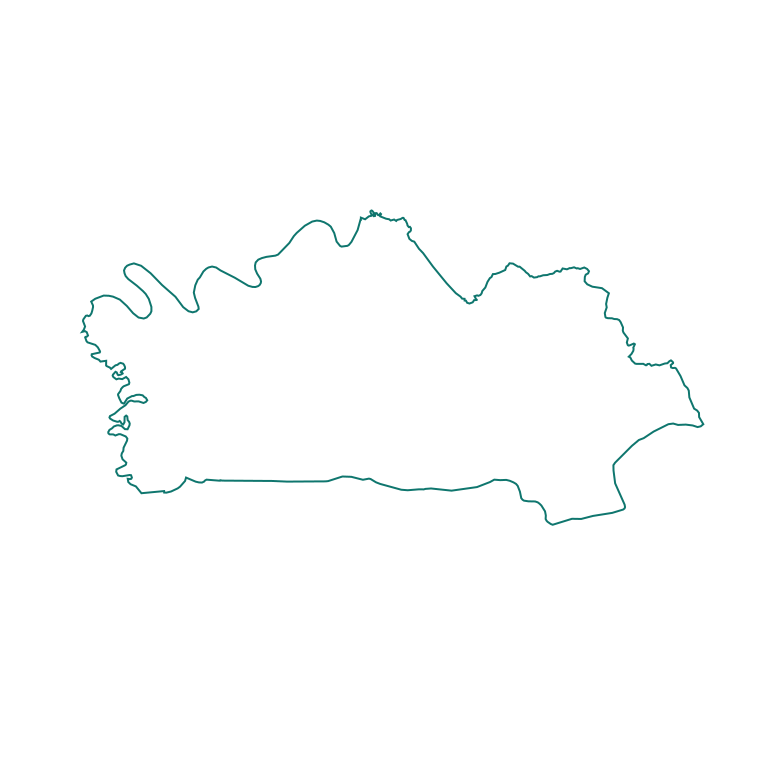 the district of Nobol, Guayas, Ecuador, rotated 248°
{"feature_id": "8360857B45537729635416", "entity_name": "Nobol", "entity_type": "district", "adm_level": 2, "iso_a3": "ECU", "parent_name": "Ecuador", "parent_adm1": "Guayas", "projection": "mercator", "projection_center": [-80.038, -1.965], "detail": "fine", "context": "isolated", "style": "outline", "palette": "teal", "viewbox_px": 768, "rotation_deg": 248, "n_neighbors": 0, "source": "geoboundaries", "source_scale": "gbopen_adm2", "svg_char_len": 6166}
<svg xmlns="http://www.w3.org/2000/svg" viewBox="0 0 768 768"><g transform="rotate(248 384 384)"><path d="M392.1,110.9L388.9,110.2L386.0,111.5L382.0,115.6L373.6,118.2L367.1,140.0L365.7,139.5L364.8,141.5L364.1,146.3L364.5,153.6L365.2,156.4L368.6,163.2L371.4,165.4L364.0,172.8L362.1,175.5L360.8,178.3L360.9,180.6L361.5,181.6L361.8,183.6L356.1,195.0L355.7,196.1L356.0,196.3L354.9,198.1L335.9,244.2L329.8,257.6L315.6,293.4L314.9,295.8L313.8,310.8L310.2,318.9L303.1,328.6L301.9,334.6L300.9,336.0L295.8,339.8L292.8,343.0L279.5,360.4L276.6,366.2L273.3,376.8L271.4,381.4L271.2,383.2L269.5,388.5L259.8,406.7L253.6,431.6L253.4,445.6L254.0,450.4L251.3,455.8L249.3,461.4L247.2,464.3L244.3,467.2L241.9,469.0L239.5,469.8L233.3,469.7L226.7,468.5L224.8,469.1L223.4,470.1L221.1,474.0L218.5,480.1L216.7,482.2L214.9,483.3L212.4,484.4L205.6,485.6L201.5,484.8L198.3,483.3L196.4,483.5L195.0,484.0L191.7,486.2L190.3,487.7L188.6,507.8L185.0,516.3L183.4,528.3L179.0,547.4L178.0,558.7L178.5,560.4L179.6,561.4L182.0,561.9L205.3,561.1L217.8,564.4L222.8,566.3L224.5,568.8L233.8,590.7L236.6,599.3L236.5,604.5L238.9,616.2L240.2,632.6L239.0,637.3L235.9,641.3L233.3,648.6L229.9,654.7L226.6,658.6L226.1,661.8L227.1,665.0L235.3,663.8L239.2,665.2L242.1,664.4L245.0,662.3L257.2,662.1L263.7,664.1L266.6,663.8L270.2,662.1L280.3,661.9L289.0,660.6L290.0,659.8L290.6,657.7L291.8,656.4L294.1,656.9L295.0,659.8L295.7,660.1L296.7,659.8L298.4,658.9L298.2,657.1L297.1,654.6L297.8,652.0L298.1,646.4L300.3,643.3L300.7,638.8L303.3,637.6L303.8,635.7L303.1,634.6L303.2,633.9L305.6,631.9L307.9,626.0L308.8,624.5L312.9,622.6L316.3,622.3L317.6,621.2L319.2,624.8L321.4,627.6L323.1,628.6L324.2,628.7L326.9,631.5L327.9,630.8L327.8,626.1L328.1,625.0L328.8,624.6L331.5,624.7L334.9,627.2L342.0,625.3L344.0,625.4L346.9,626.8L352.7,626.6L355.2,626.0L356.8,624.4L358.0,621.8L359.6,619.9L361.1,616.3L362.3,614.7L363.2,614.4L367.1,615.3L371.6,619.2L375.0,619.9L380.4,623.5L383.9,626.5L391.2,622.0L396.2,613.6L400.3,609.8L404.1,608.5L408.0,610.3L409.8,612.0L410.1,614.7L411.8,616.3L414.6,615.4L417.0,613.3L417.2,608.9L418.8,607.0L418.9,606.0L421.0,603.9L421.4,600.6L421.9,599.6L421.8,596.6L424.2,592.9L422.1,589.8L422.4,588.8L424.1,586.9L424.1,584.8L423.2,583.0L423.1,581.3L423.8,579.1L423.9,576.2L425.2,572.3L425.4,569.0L426.0,567.5L425.7,566.1L426.5,562.9L428.7,561.3L429.0,559.8L432.1,558.9L434.5,557.4L436.2,556.9L442.0,553.7L442.5,552.3L447.3,548.7L448.9,545.6L447.3,543.2L447.1,541.5L444.3,539.1L444.0,532.7L444.3,528.5L445.1,526.1L442.9,523.7L442.5,521.8L439.9,518.2L435.5,514.1L433.4,510.0L431.4,508.4L430.4,506.7L430.4,504.6L431.3,503.5L431.5,500.8L427.8,501.2L426.9,502.1L428.0,499.0L426.5,496.8L426.6,493.4L428.2,491.5L430.6,491.2L431.2,490.0L432.8,490.6L433.9,488.4L436.3,487.7L441.3,484.6L453.9,479.8L474.5,473.4L490.7,469.3L496.2,467.1L504.6,465.4L506.3,463.4L509.1,461.9L514.1,462.0L515.4,463.9L515.6,465.5L516.4,466.5L518.3,467.3L520.0,466.9L520.2,465.8L522.1,465.2L523.9,465.5L527.8,465.3L528.3,464.6L530.7,464.3L531.1,463.4L530.7,461.3L531.2,457.6L530.6,456.4L532.7,455.0L533.1,451.4L534.8,450.5L536.5,447.8L540.8,443.3L541.2,443.2L542.6,444.9L543.5,444.5L542.4,442.6L542.8,441.8L545.2,441.2L545.6,440.0L543.2,438.7L543.4,437.4L544.1,437.1L546.9,438.6L549.0,438.0L549.6,437.3L549.2,436.1L548.7,435.8L545.4,435.8L544.7,435.2L545.1,432.8L543.8,428.2L546.9,424.9L545.0,424.1L545.2,423.8L536.6,417.2L528.0,407.1L526.1,403.6L525.8,401.9L527.3,396.1L528.5,395.0L533.8,393.4L542.6,394.4L549.8,393.6L552.6,392.1L556.3,389.2L559.1,385.9L560.7,382.9L561.5,378.3L560.4,369.9L556.8,359.7L554.9,355.8L550.2,349.0L543.7,334.3L543.7,331.4L545.9,322.7L546.5,318.0L546.4,314.0L544.8,310.6L542.2,308.8L538.6,307.6L533.9,307.7L527.9,308.8L525.1,308.4L523.7,307.5L522.4,305.8L521.9,303.9L522.1,301.1L523.3,298.4L525.9,295.0L538.4,285.5L550.6,274.9L554.9,272.0L557.3,268.6L557.8,264.9L557.4,262.3L556.0,258.7L551.8,253.2L550.5,250.4L546.2,246.0L540.0,241.9L534.6,241.1L525.2,240.9L523.0,240.3L521.7,237.2L522.1,233.5L524.7,230.0L530.5,226.6L543.0,223.3L558.9,215.3L574.1,209.1L584.6,203.1L589.5,197.3L590.0,192.9L589.9,190.1L588.8,187.6L586.7,185.5L583.8,184.9L580.8,184.9L577.1,186.2L567.7,191.7L560.5,195.3L556.7,196.8L551.0,197.8L542.6,197.2L538.6,195.6L536.7,193.6L534.6,188.9L534.7,185.8L537.6,181.3L543.6,177.9L552.7,174.8L561.2,170.7L566.5,165.5L568.9,161.9L571.0,157.2L571.2,148.2L570.1,143.4L565.9,143.6L564.4,143.1L561.2,140.9L559.0,139.1L557.5,136.8L557.6,135.5L558.7,134.5L558.9,133.1L556.5,129.4L555.2,128.5L549.3,128.4L546.8,126.0L545.4,123.7L545.0,126.6L543.4,127.8L539.8,127.7L539.2,126.0L539.5,124.9L539.2,124.4L535.3,124.2L533.7,124.7L528.4,131.0L525.2,132.4L521.3,132.9L520.2,132.8L519.7,132.2L521.1,124.2L520.1,123.6L518.8,123.7L516.5,125.4L513.3,128.7L511.0,129.5L509.6,135.1L505.3,133.3L504.6,133.5L501.9,136.0L500.2,136.6L501.9,142.0L501.6,144.1L502.2,145.7L502.3,147.6L500.5,149.8L498.8,150.2L496.6,150.2L495.2,149.6L494.2,145.0L493.7,144.5L492.8,145.5L491.6,145.6L491.3,143.5L491.7,141.0L492.3,140.6L494.9,140.5L495.9,139.6L494.2,136.2L493.3,135.5L491.8,135.7L488.6,137.6L488.4,140.1L486.6,143.1L487.1,147.5L484.1,148.8L480.6,148.4L479.4,147.4L479.4,141.8L479.0,140.5L478.0,138.5L476.2,136.9L474.3,133.8L473.6,133.3L470.0,133.2L465.1,133.6L463.4,135.2L463.4,135.8L466.7,140.5L467.2,145.9L466.7,147.1L466.7,150.2L465.7,153.2L463.9,156.0L461.7,156.9L460.3,158.0L457.6,158.4L456.6,156.5L456.5,153.9L459.8,150.0L461.4,145.8L463.1,143.8L463.5,142.7L463.4,140.5L461.2,136.4L459.9,130.3L457.4,123.1L456.9,117.9L455.8,116.9L454.5,117.1L451.6,119.2L448.9,122.5L448.5,123.8L448.8,125.0L448.0,125.5L445.5,125.9L444.2,127.1L445.8,129.1L450.7,131.2L451.3,133.1L450.1,133.8L446.6,132.8L444.3,133.5L442.5,133.4L441.0,132.5L438.1,129.3L439.2,126.9L443.4,124.9L445.2,122.3L445.7,120.9L445.8,117.6L444.8,115.3L444.3,112.3L442.7,110.3L441.4,110.0L440.1,110.7L438.6,114.2L436.9,115.6L436.8,119.4L436.1,120.9L432.1,124.9L429.6,125.6L427.7,124.5L422.5,118.7L419.6,117.2L417.9,114.9L415.9,113.6L412.1,113.4L407.6,115.6L406.2,114.7L405.7,113.9L405.0,104.0L402.9,102.8L398.8,103.2L397.5,104.9L396.5,106.9L394.9,114.1L394.2,115.3L391.7,115.2L390.8,114.2L391.0,112.7L392.1,110.9Z" fill="none" stroke="#0f766e" stroke-width="2"/></g></svg>